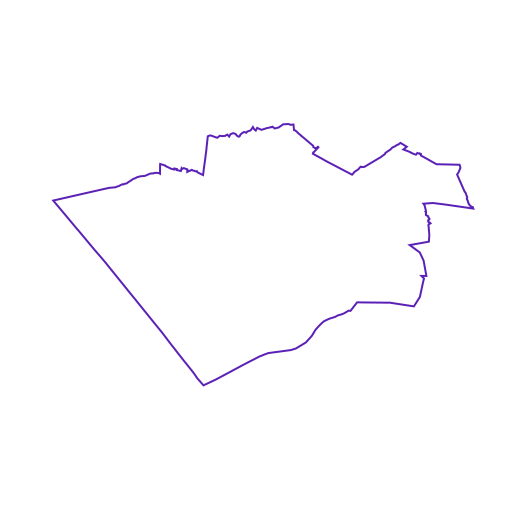 Mina, Nuevo León, Mexico, rotated 278°
{"feature_id": "50627088B36980373493139", "entity_name": "Mina", "entity_type": "district", "adm_level": 2, "iso_a3": "MEX", "parent_name": "Mexico", "parent_adm1": "Nuevo León", "projection": "equal_earth", "projection_center": [-100.66, 26.299], "detail": "fine", "context": "isolated", "style": "outline", "palette": "violet", "viewbox_px": 512, "rotation_deg": 278, "n_neighbors": 0, "source": "geoboundaries", "source_scale": "gbopen_adm2", "svg_char_len": 5488}
<svg xmlns="http://www.w3.org/2000/svg" viewBox="0 0 512 512"><g transform="rotate(278 256 256)"><path d="M167.7,303.6L169.9,308.3L177.4,317.5L184.7,322.4L191.2,325.2L192.6,326.1L194.6,327.5L195.0,327.7L197.0,329.2L198.4,330.3L200.5,332.0L202.5,334.8L202.8,335.3L204.3,337.7L206.6,342.7L208.5,345.2L210.0,348.6L211.2,350.8L214.8,355.4L214.8,357.2L224.2,362.6L225.2,370.7L228.1,392.9L228.4,394.6L228.1,419.4L238.3,424.0L253.5,425.1L257.1,425.5L259.3,422.6L260.0,427.5L274.8,422.6L282.3,417.7L288.2,406.7L293.0,421.4L294.2,425.0L294.3,425.2L301.1,424.7L306.2,423.5L309.9,422.7L310.2,422.5L310.4,422.4L310.7,422.4L310.8,422.5L311.0,422.5L311.3,422.7L311.5,422.8L311.7,423.0L311.8,423.1L312.5,424.2L312.6,424.3L312.9,423.9L313.1,423.7L313.4,423.1L313.5,423.0L313.5,422.9L313.5,422.2L313.8,421.9L314.0,421.8L314.3,421.8L314.6,421.8L314.9,421.8L315.4,421.8L315.5,421.9L315.6,422.0L315.9,422.0L315.9,421.9L316.2,422.1L316.3,422.3L316.7,422.6L316.8,422.7L317.0,422.6L317.0,422.4L317.3,422.2L317.6,422.0L318.0,421.5L318.1,421.4L318.3,421.3L318.4,421.2L318.5,421.2L319.1,421.1L319.4,420.8L319.4,420.7L319.5,420.5L319.6,420.1L319.9,419.5L320.0,419.3L320.0,419.0L320.2,418.6L320.4,418.5L320.6,418.5L320.8,418.5L321.2,418.5L321.4,418.4L321.7,418.3L321.9,418.3L322.5,418.4L322.8,418.3L323.0,418.1L323.5,417.6L324.1,418.1L329.6,415.9L331.1,414.5L333.1,423.8L333.3,436.0L333.2,464.3L333.2,464.5L333.5,464.3L333.6,464.2L333.9,464.2L334.2,464.1L334.4,464.0L334.6,463.8L334.5,463.5L334.6,463.3L334.7,463.0L334.8,462.8L334.9,462.6L335.2,461.8L335.4,461.4L335.6,461.1L335.7,460.9L336.2,460.5L336.4,460.3L336.4,460.1L336.6,460.0L336.8,459.9L337.0,459.7L337.2,459.4L337.4,459.4L337.5,459.3L337.9,459.1L338.1,459.0L338.3,458.8L338.5,458.8L338.7,458.6L338.9,458.5L339.0,458.4L339.5,458.3L339.8,458.1L340.0,458.0L340.2,457.9L340.4,457.9L340.5,457.9L340.6,457.7L340.8,457.6L341.1,457.3L341.5,457.0L341.8,457.0L342.0,456.9L342.3,456.8L342.5,456.9L342.8,456.9L343.0,456.9L343.1,457.0L343.3,457.0L343.4,456.9L343.5,456.9L343.9,456.9L344.1,456.8L344.2,456.7L344.3,456.6L344.5,456.5L344.6,456.4L344.8,456.2L345.0,456.1L345.3,456.0L345.7,455.8L345.9,455.7L346.2,455.6L346.4,455.5L346.6,455.4L346.9,455.2L347.5,454.9L347.7,454.7L347.9,454.5L348.1,454.3L348.3,454.1L348.5,453.9L348.8,453.8L348.8,453.6L364.7,443.8L366.9,444.9L371.7,446.2L374.7,444.9L372.0,421.9L377.2,408.7L378.0,406.4L378.3,405.6L378.4,405.4L378.5,405.3L379.6,405.2L379.9,405.2L380.3,404.0L379.9,403.9L380.5,401.4L380.1,401.2L378.8,400.5L378.6,400.3L378.8,399.1L379.0,398.0L379.2,397.4L379.9,395.0L380.0,395.0L380.7,392.8L382.0,387.1L385.2,390.1L388.1,383.3L386.0,381.2L385.8,380.4L383.9,378.3L382.4,375.9L379.9,374.1L379.8,373.9L376.1,369.8L375.1,369.6L374.7,369.3L371.8,366.3L371.3,365.9L370.0,364.2L359.4,351.0L358.8,348.7L359.0,347.2L357.3,346.0L356.2,345.4L352.7,341.5L351.5,341.0L351.4,340.9L349.9,339.8L359.6,312.6L360.1,311.2L360.3,310.8L360.4,310.5L360.6,310.1L362.5,305.2L363.6,302.2L363.9,301.4L364.2,300.8L364.7,299.4L365.2,298.1L365.6,298.2L366.2,298.2L366.2,298.3L367.6,299.3L368.2,299.7L372.3,302.7L372.8,302.2L372.7,302.0L372.6,301.9L371.5,301.1L371.3,300.7L371.2,300.2L371.1,299.9L371.2,299.6L371.1,299.2L371.3,298.8L371.8,297.8L371.8,297.7L373.1,297.2L377.5,290.2L379.5,287.1L379.8,286.6L380.2,285.9L381.0,284.6L381.4,284.1L381.4,283.9L381.6,283.8L383.3,281.0L384.8,279.0L385.9,277.2L385.9,276.2L391.4,274.8L391.1,273.5L390.7,272.0L391.2,270.2L391.2,269.8L390.2,264.6L386.4,260.5L384.9,256.8L386.3,254.4L385.7,253.5L385.8,252.9L385.3,252.1L384.1,248.8L383.2,247.0L381.7,243.9L382.4,241.5L383.0,239.3L380.2,238.3L381.3,236.5L383.3,235.0L380.6,233.7L379.8,233.3L379.6,233.1L378.0,230.0L376.7,229.2L377.2,227.0L376.7,226.4L376.0,225.4L375.0,224.5L373.7,223.5L372.8,223.4L371.7,222.4L372.1,221.2L372.8,219.9L373.6,219.4L374.2,218.1L374.3,217.2L374.5,216.4L374.2,215.8L374.0,215.4L373.5,214.6L373.1,213.8L370.5,212.8L372.2,210.7L371.7,210.0L371.7,209.9L370.6,208.6L370.0,205.8L370.0,203.4L367.7,201.2L368.0,199.3L368.9,195.4L369.0,193.6L367.8,191.6L357.8,191.9L353.4,192.1L348.8,192.1L344.7,192.2L341.4,192.2L336.3,192.2L329.5,192.3L328.8,192.3L330.7,186.4L331.8,185.6L331.6,185.3L331.4,184.6L331.6,183.8L331.6,183.6L331.7,183.4L331.7,183.1L331.8,182.7L331.9,182.4L331.9,181.8L331.9,181.3L332.0,181.1L332.0,180.9L332.3,180.7L332.4,180.4L332.3,180.2L331.6,179.2L331.1,178.7L330.9,178.1L330.7,177.5L330.2,177.0L329.7,176.2L331.0,176.1L332.1,176.1L332.2,175.9L332.4,175.5L332.3,175.3L333.0,172.3L332.4,171.3L332.0,171.0L332.1,170.6L332.3,170.3L332.5,170.1L329.7,169.8L330.1,165.5L331.1,165.5L331.3,163.0L330.3,163.0L330.5,160.1L332.5,153.9L332.9,153.7L333.8,148.3L333.4,148.3L332.5,148.4L324.1,149.5L324.6,148.1L324.6,147.0L324.5,146.3L324.5,146.0L324.1,143.7L323.6,143.1L322.9,139.8L319.9,134.9L318.7,130.1L317.9,128.2L317.6,127.5L316.4,125.8L316.3,125.7L316.0,125.2L315.7,124.6L315.0,123.4L313.4,121.7L311.3,119.2L310.0,118.0L309.1,115.7L308.4,114.8L308.6,114.1L308.1,113.2L307.4,112.1L307.1,111.7L306.3,110.7L305.7,109.4L304.7,107.5L304.5,107.3L303.0,100.9L294.2,77.7L282.7,47.5L268.1,63.7L257.8,75.1L256.7,76.4L239.4,95.5L235.0,100.6L231.2,104.9L228.5,107.9L223.8,112.9L200.7,137.6L197.1,141.5L191.3,147.7L178.4,161.5L166.4,174.4L160.5,180.3L158.0,182.8L154.8,186.1L153.8,187.2L149.6,191.5L142.0,199.4L138.0,203.7L134.1,207.8L130.7,211.3L126.8,214.8L120.6,222.0L128.2,233.6L145.7,257.5L150.4,264.1L153.9,269.1L157.1,273.6L157.2,273.8L158.1,275.5L159.5,277.8L161.6,281.8L167.7,303.6Z" fill="none" stroke="#5b21b6" stroke-width="2"/></g></svg>